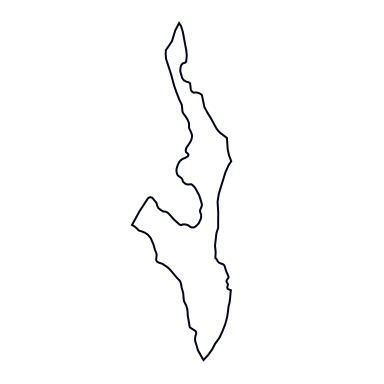 the district of San Felipe, Retalhuleu, Guatemala, rotated 302°
{"feature_id": "79465075B46607071550315", "entity_name": "San Felipe", "entity_type": "district", "adm_level": 2, "iso_a3": "GTM", "parent_name": "Guatemala", "parent_adm1": "Retalhuleu", "projection": "natural_earth1", "projection_center": [-91.601, 14.638], "detail": "fine", "context": "isolated", "style": "outline", "palette": "ink", "viewbox_px": 384, "rotation_deg": 302, "n_neighbors": 0, "source": "geoboundaries", "source_scale": "gbopen_adm2", "svg_char_len": 3356}
<svg xmlns="http://www.w3.org/2000/svg" viewBox="0 0 384 384"><g transform="rotate(302 192 192)"><path d="M82.6,256.0L78.7,259.5L77.2,260.7L76.2,261.7L76.0,263.3L76.0,266.4L76.0,267.4L75.9,268.8L75.4,269.7L74.1,270.6L73.2,270.9L71.9,271.1L69.5,272.2L68.4,272.9L66.9,274.1L66.0,275.1L64.3,277.2L61.9,279.8L60.8,281.1L59.3,283.9L57.0,288.0L55.6,290.8L62.7,292.1L69.5,292.5L72.9,292.2L75.7,292.0L80.9,292.4L83.0,292.5L89.6,291.7L97.3,290.3L104.5,288.1L109.6,285.9L114.6,283.5L118.0,282.5L122.1,280.6L128.3,277.4L129.3,277.1L128.7,273.7L129.6,272.5L132.8,271.4L133.5,270.2L134.4,268.6L135.7,268.2L138.1,268.3L139.1,268.2L139.9,267.4L140.9,266.0L141.6,264.9L142.5,263.5L146.8,258.5L147.2,256.9L146.5,253.4L146.4,251.9L146.9,250.4L147.6,249.4L148.1,248.3L148.4,246.8L153.6,243.9L158.6,240.0L170.1,234.5L175.4,233.2L183.1,228.4L188.4,225.2L197.2,218.9L204.7,215.7L226.4,209.9L234.4,208.8L238.9,209.0L243.0,203.6L247.2,199.6L256.4,192.9L257.1,184.4L257.8,181.7L258.8,179.1L265.0,168.1L266.8,164.3L270.5,157.6L279.4,149.1L279.7,147.3L279.5,145.3L279.2,144.0L278.2,142.1L277.1,140.8L277.1,139.1L277.7,137.4L278.7,136.3L283.1,132.9L283.3,131.8L283.1,130.3L282.6,129.0L282.4,126.1L283.0,124.3L283.6,123.1L288.2,118.0L291.3,116.4L293.6,115.6L296.1,116.0L297.4,117.1L298.3,117.8L299.5,118.0L305.2,115.1L309.8,111.5L311.2,110.1L323.0,99.3L326.9,94.8L328.4,91.5L320.0,92.2L309.3,95.1L298.3,94.7L295.0,96.6L291.2,99.4L280.3,112.4L276.0,116.9L271.8,121.6L268.4,125.9L266.7,128.1L263.2,132.9L260.5,137.2L255.4,141.1L254.6,142.0L253.8,143.6L252.6,146.6L251.2,149.5L250.0,151.4L248.9,152.8L247.7,153.7L246.4,154.6L245.2,155.2L244.2,156.3L243.5,157.5L242.6,158.9L241.3,160.6L240.1,162.0L238.8,162.7L236.5,163.6L234.4,164.0L231.5,164.0L228.5,163.9L226.7,163.8L225.8,163.9L223.8,164.7L222.6,165.9L222.4,167.9L221.8,169.2L220.7,169.6L219.7,169.4L218.7,168.9L217.0,167.9L215.0,166.5L213.4,165.8L212.5,165.5L210.9,165.3L209.1,165.4L208.0,165.5L205.8,166.0L203.3,166.7L201.3,167.9L199.8,169.3L198.9,170.6L198.5,171.5L198.4,172.7L198.2,175.5L197.8,176.6L197.0,177.8L196.0,178.8L195.5,181.4L195.5,182.7L196.1,184.4L197.4,186.2L198.1,187.1L198.2,188.5L197.6,191.3L196.8,193.1L192.9,200.0L189.2,204.3L186.9,206.8L185.8,207.5L184.8,207.8L182.7,208.2L181.2,208.4L180.4,208.7L179.3,209.6L178.3,210.9L177.6,211.8L176.7,212.4L174.8,213.4L173.3,213.8L172.0,213.9L170.9,214.1L168.8,214.3L164.9,213.4L163.4,212.7L162.7,212.0L161.7,210.2L161.5,208.8L161.7,207.4L161.7,206.2L161.4,204.9L160.9,203.4L159.7,201.4L158.1,200.3L157.8,198.6L159.2,190.8L161.5,183.2L161.5,180.6L160.9,179.1L160.2,178.0L160.2,174.8L160.6,171.8L162.2,169.4L164.0,167.6L166.0,161.4L165.7,159.8L164.9,158.7L163.3,158.0L147.8,157.7L132.2,158.6L132.3,160.5L132.3,161.7L132.0,164.0L131.7,165.2L131.4,166.4L131.2,167.6L131.9,170.0L132.3,172.4L132.5,173.6L132.5,175.4L132.3,177.7L130.9,181.6L126.8,187.5L126.0,188.3L123.2,191.4L121.8,193.4L120.8,194.6L119.8,195.4L117.8,196.4L115.3,197.7L114.4,199.2L114.4,200.9L114.8,202.4L115.3,204.4L115.4,205.6L115.3,207.3L115.3,209.3L115.1,211.7L114.5,214.5L111.9,222.7L111.4,224.2L111.1,225.3L110.3,228.5L109.6,229.8L108.4,231.3L105.4,233.9L104.1,235.4L103.1,236.5L102.4,237.2L101.6,238.1L100.3,239.1L99.0,240.0L97.9,240.9L96.5,241.9L95.2,243.1L94.4,244.3L92.8,247.0L90.9,249.4L89.8,250.4L86.7,252.7L85.2,253.7L84.3,254.4L82.6,256.0Z" fill="none" stroke="#020617" stroke-width="2"/></g></svg>